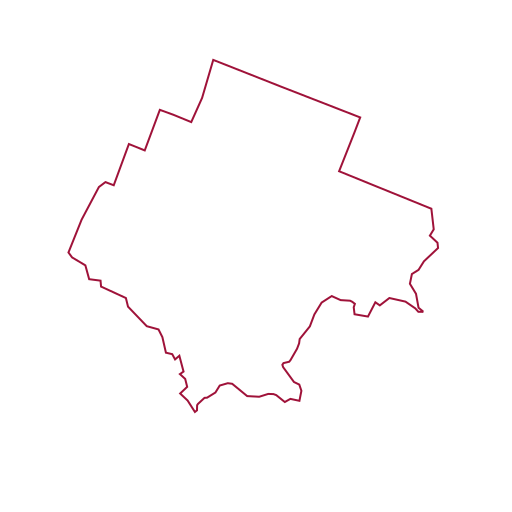 Levy, Florida, United States of America (Equal Earth projection), rotated 292°
{"feature_id": "52423323B45505395463487", "entity_name": "Levy", "entity_type": "district", "adm_level": 2, "iso_a3": "USA", "parent_name": "United States of America", "parent_adm1": "Florida", "projection": "equal_earth", "projection_center": [-82.881, 29.292], "detail": "fine", "context": "isolated", "style": "outline", "palette": "rose", "viewbox_px": 512, "rotation_deg": 292, "n_neighbors": 0, "source": "geoboundaries", "source_scale": "gbopen_adm2", "svg_char_len": 1305}
<svg xmlns="http://www.w3.org/2000/svg" viewBox="0 0 512 512"><g transform="rotate(292 256 256)"><path d="M88.5,257.8L90.8,259.1L95.6,257.3L97.1,257.6L105.2,261.4L106.3,263.7L114.2,269.5L122.3,270.9L127.5,277.5L128.6,281.8L122.8,300.3L126.7,311.7L132.7,319.0L134.5,323.9L134.6,326.9L131.4,337.4L136.4,341.4L138.0,350.5L148.0,348.6L153.0,344.3L153.4,338.4L163.1,322.8L165.0,321.2L167.0,321.6L170.4,326.4L172.5,327.0L185.4,328.8L191.1,328.7L195.4,327.6L210.9,332.3L223.7,332.0L237.4,334.3L247.2,341.2L246.8,351.0L249.8,360.0L249.6,362.3L248.7,365.6L245.1,365.8L238.9,369.2L241.8,382.5L257.8,384.0L256.6,389.3L267.0,395.4L269.7,411.7L267.1,423.3L265.1,427.4L266.6,431.3L267.3,431.2L268.9,426.1L280.9,418.5L287.9,409.1L297.7,407.3L304.0,411.9L314.0,413.7L331.6,421.8L336.3,419.3L340.0,409.6L347.3,410.8L365.5,400.9L365.7,301.3L407.4,301.0L423.5,300.7L422.4,215.5L421.8,142.9L382.4,146.8L355.9,145.8L356.0,127.1L355.5,112.1L312.2,113.3L312.2,96.2L268.3,97.6L268.1,88.7L261.1,84.5L224.4,80.7L189.0,80.8L185.8,86.0L183.4,101.3L172.0,110.0L174.9,121.1L169.6,123.8L168.3,151.1L161.1,156.3L150.0,181.0L151.4,193.1L145.7,199.6L132.6,208.7L133.6,215.1L129.8,219.7L134.8,222.3L121.7,232.1L118.0,229.7L115.5,236.4L108.9,241.2L100.1,237.2L96.4,246.7L88.5,257.8Z" fill="none" stroke="#9f1239" stroke-width="2"/></g></svg>